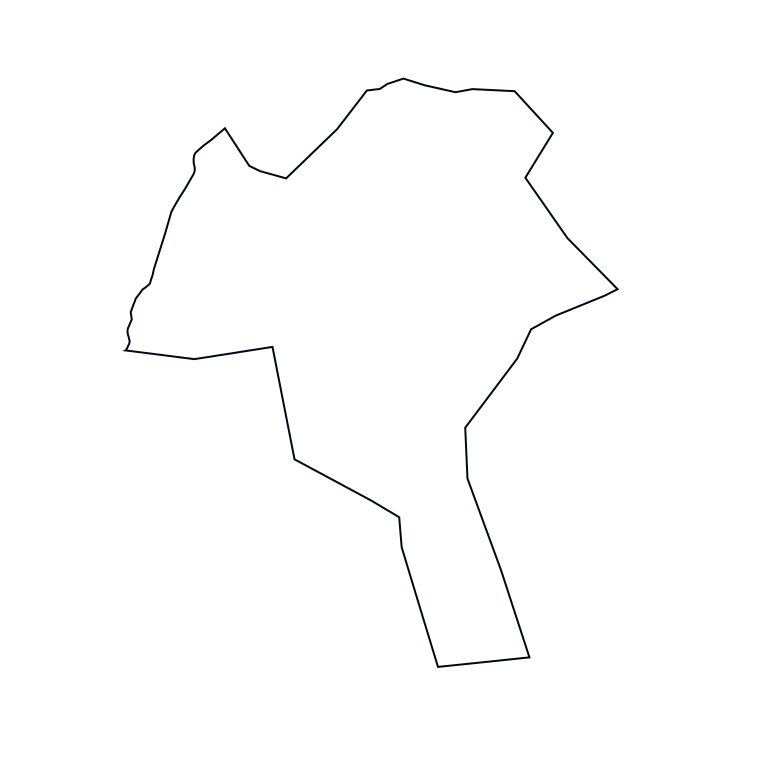 the district of Cagaandelger, Dundgovi, Mongolia, rotated 259°
{"feature_id": "93677404B83577938576500", "entity_name": "Cagaandelger", "entity_type": "district", "adm_level": 2, "iso_a3": "MNG", "parent_name": "Mongolia", "parent_adm1": "Dundgovi", "projection": "equal_earth", "projection_center": [107.979, 46.403], "detail": "fine", "context": "isolated", "style": "outline", "palette": "ink", "viewbox_px": 768, "rotation_deg": 259, "n_neighbors": 0, "source": "geoboundaries", "source_scale": "gbopen_adm2", "svg_char_len": 1327}
<svg xmlns="http://www.w3.org/2000/svg" viewBox="0 0 768 768"><g transform="rotate(259 384 384)"><path d="M96.0,383.0L87.9,474.6L178.6,463.4L275.3,447.9L325.6,455.4L383.5,519.6L409.7,538.9L418.4,565.8L428.6,617.5L432.5,631.4L492.2,591.9L559.5,562.1L598.3,597.7L646.5,568.1L656.6,527.1L656.8,509.8L669.4,481.1L680.1,461.3L677.9,444.5L674.4,436.1L675.4,423.2L643.1,386.6L604.5,327.1L616.7,302.8L623.8,293.4L665.4,276.6L663.9,274.1L663.1,272.7L660.7,268.3L657.4,262.5L656.1,260.0L652.8,253.0L648.4,245.4L647.2,243.5L645.8,242.0L644.2,241.1L641.0,240.0L636.4,239.3L633.8,239.5L631.5,239.3L629.6,238.9L627.8,238.0L626.2,237.0L613.6,226.0L606.7,219.4L601.2,214.5L595.9,210.0L593.5,208.1L574.6,198.4L569.9,195.9L551.1,185.7L540.6,180.0L535.0,177.6L531.4,175.5L529.4,174.5L527.4,173.5L526.3,172.0L524.1,168.0L522.8,165.0L522.2,164.3L521.1,163.2L519.9,161.9L515.3,156.7L512.0,154.7L508.9,152.7L502.8,149.1L499.2,148.9L495.4,148.7L492.4,146.6L487.5,143.3L485.3,142.4L485.1,142.3L484.4,142.3L483.2,142.1L482.9,142.0L477.5,142.4L474.9,142.5L474.5,142.5L474.2,142.4L473.9,142.3L473.4,142.1L472.9,141.9L472.1,141.5L471.1,140.8L470.5,140.3L468.5,138.9L467.2,137.8L466.5,137.2L466.3,136.6L444.6,202.5L441.7,281.6L327.1,281.8L272.1,349.1L250.3,373.5L220.5,370.2L171.3,375.2L96.0,383.0Z" fill="none" stroke="#020617" stroke-width="2"/></g></svg>